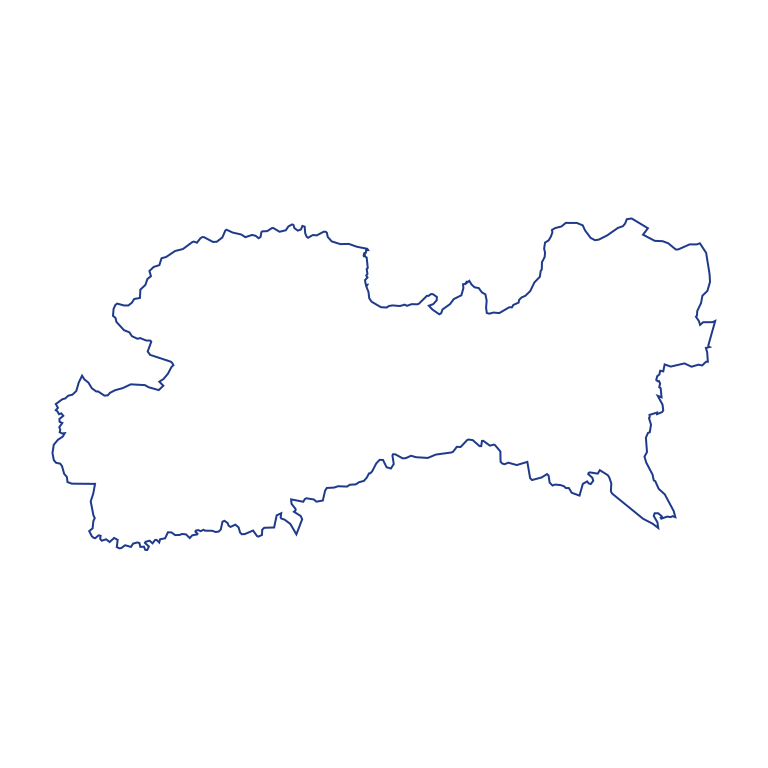 Calnali, Hidalgo, Mexico (Albers equal-area conic projection), rotated 4°
{"feature_id": "50627088B12242639821248", "entity_name": "Calnali", "entity_type": "district", "adm_level": 2, "iso_a3": "MEX", "parent_name": "Mexico", "parent_adm1": "Hidalgo", "projection": "albers", "projection_center": [-98.548, 20.904], "detail": "fine", "context": "isolated", "style": "outline", "palette": "blue", "viewbox_px": 768, "rotation_deg": 4, "n_neighbors": 0, "source": "geoboundaries", "source_scale": "gbopen_adm2", "svg_char_len": 6124}
<svg xmlns="http://www.w3.org/2000/svg" viewBox="0 0 768 768"><g transform="rotate(4 384 384)"><path d="M667.6,508.5L666.4,502.9L662.3,496.8L663.0,494.1L666.6,493.8L670.4,496.7L670.7,497.4L669.4,498.1L670.0,499.0L675.8,496.5L679.2,496.8L681.1,495.7L683.9,496.5L681.9,490.6L671.8,474.5L665.3,469.4L661.4,462.0L659.8,461.3L658.2,455.6L651.1,444.1L648.9,438.3L651.1,433.6L649.0,419.3L650.8,414.3L652.5,413.6L653.2,405.9L650.7,399.5L651.4,398.5L651.0,396.3L658.5,393.4L658.5,395.0L659.0,394.8L663.4,392.6L664.4,390.9L663.3,385.2L657.9,376.7L661.8,377.9L660.3,368.9L658.8,368.0L659.4,364.1L658.0,361.8L657.0,362.2L655.3,361.0L656.0,357.2L658.0,355.4L658.6,351.5L661.7,351.9L662.6,344.9L668.9,346.6L682.3,342.5L689.6,345.3L696.3,342.8L700.1,343.3L703.7,339.3L705.5,339.2L704.2,330.0L702.6,325.6L706.2,324.4L704.9,323.8L704.9,322.5L710.0,298.0L707.5,299.4L698.1,300.1L695.2,303.0L693.7,299.2L690.5,295.1L691.4,293.9L691.4,289.3L694.6,281.2L695.5,273.7L700.1,268.6L702.1,259.4L701.1,251.6L696.2,230.7L689.3,221.6L686.4,222.9L679.2,223.4L668.2,229.2L665.8,229.5L657.7,223.8L652.0,222.1L644.1,222.3L632.0,217.0L636.4,210.2L619.5,201.6L614.7,202.7L613.3,207.2L611.3,209.9L606.4,212.0L596.4,220.1L588.2,225.0L584.5,225.8L580.0,223.9L573.8,216.7L571.2,211.9L565.2,209.9L554.1,210.6L550.0,214.5L544.1,216.4L540.8,218.6L541.4,220.9L540.3,225.0L538.2,229.3L534.8,231.7L534.3,237.6L535.5,241.9L535.4,246.1L533.1,251.5L533.4,258.6L532.4,260.5L532.0,266.2L527.0,272.1L523.4,281.1L518.8,286.2L515.3,288.0L512.9,290.7L512.6,293.4L507.5,296.1L506.3,298.6L503.6,298.7L494.1,305.2L488.2,305.1L484.1,306.5L481.6,306.0L480.5,300.8L480.6,293.7L478.9,287.5L475.3,285.8L471.8,281.7L467.6,281.2L464.4,278.7L461.9,275.1L460.0,276.9L460.2,276.2L459.3,276.2L458.2,278.3L455.9,279.0L456.5,282.8L455.0,290.1L447.7,294.4L444.2,299.8L437.2,305.5L436.1,309.4L434.3,310.6L427.2,306.4L423.3,302.8L427.5,300.9L430.7,296.9L430.7,293.5L426.6,291.0L424.6,291.0L422.3,293.0L420.7,293.0L413.2,301.5L411.5,302.2L406.1,302.4L401.4,304.4L399.1,303.4L394.5,305.1L387.2,305.0L383.5,305.8L381.4,307.5L375.6,307.6L365.9,302.8L363.3,299.5L362.1,293.2L359.6,288.1L360.5,286.2L359.1,286.5L358.5,284.7L357.8,281.7L360.1,278.9L358.7,277.0L359.8,275.3L358.7,270.5L359.7,269.4L357.9,259.1L356.0,258.0L355.9,256.9L354.9,257.6L354.7,256.9L355.2,254.8L356.8,254.2L356.8,251.8L358.8,251.6L357.9,250.3L347.5,249.0L339.1,246.7L330.7,247.5L321.9,245.4L317.6,241.2L316.5,237.2L315.3,236.2L313.2,236.3L306.6,240.4L302.5,240.4L298.1,243.4L296.6,242.5L294.9,239.2L293.9,232.6L291.6,232.0L290.4,235.6L287.3,237.0L283.8,234.8L282.7,231.8L281.3,231.2L277.7,233.4L275.3,237.5L269.2,239.4L262.8,236.2L261.5,236.2L256.7,239.7L252.0,240.2L251.1,241.1L250.6,245.9L248.7,247.3L245.5,245.1L242.0,244.5L235.5,247.2L231.1,244.8L222.5,243.5L216.2,241.1L215.1,241.8L212.5,249.1L207.2,253.8L203.4,254.2L194.3,250.1L192.5,250.1L190.7,251.4L187.5,256.1L184.5,255.2L183.0,255.7L174.0,263.4L166.3,265.9L157.8,272.5L153.3,274.1L151.6,281.1L146.1,283.3L142.1,287.6L144.0,292.7L140.7,295.7L139.0,301.9L134.4,306.8L134.5,315.2L128.9,316.6L126.8,320.5L123.5,323.5L119.2,323.8L112.2,322.4L110.5,323.9L109.0,328.0L108.9,334.9L111.6,336.9L112.7,340.7L120.8,348.4L126.4,350.2L129.2,353.9L135.0,356.1L137.6,355.2L143.7,357.2L147.8,357.0L148.9,358.0L146.0,368.1L148.7,371.3L169.7,376.6L171.3,377.8L172.6,379.9L170.8,381.9L167.7,388.9L163.7,394.4L159.7,397.4L164.0,401.1L159.7,405.8L149.3,403.6L145.6,401.8L131.4,402.0L123.7,406.3L116.3,408.9L111.3,411.9L109.2,414.6L105.9,415.1L99.4,411.4L97.4,411.5L92.8,408.6L89.1,403.3L84.8,400.3L82.2,396.8L79.4,403.8L77.5,412.5L73.9,416.4L69.8,417.7L67.1,420.6L64.1,421.7L58.0,426.9L60.4,430.5L58.4,433.0L60.2,434.1L61.9,436.8L64.1,435.8L66.3,438.1L62.6,441.6L63.0,444.3L65.8,445.3L63.1,449.7L64.3,452.3L63.8,454.7L66.3,455.8L69.0,455.3L67.2,458.9L62.7,462.3L58.8,467.6L58.1,476.0L59.9,482.9L62.4,485.5L66.5,486.0L68.5,488.3L71.2,495.9L74.1,498.8L75.1,503.9L79.5,505.2L102.7,503.8L101.6,513.6L99.6,521.6L103.3,535.3L104.8,537.9L103.6,541.2L103.4,548.3L100.2,551.3L103.1,556.2L104.9,557.6L106.6,558.0L109.9,554.9L111.9,555.2L111.6,558.1L113.3,560.0L117.7,558.3L121.3,560.8L125.5,556.4L129.2,558.1L128.8,565.3L131.5,566.4L133.4,566.0L137.0,562.9L142.9,564.2L144.9,560.7L148.9,559.3L151.1,559.7L152.3,563.5L155.9,563.0L157.4,566.1L159.4,566.1L160.8,562.5L156.6,559.2L157.2,558.0L161.1,556.7L164.2,559.1L166.6,555.5L168.1,555.4L170.8,557.8L171.5,554.5L176.4,553.2L178.8,547.0L182.4,546.9L186.2,549.3L190.9,548.8L192.8,547.7L196.9,547.8L201.0,551.2L203.3,548.3L208.1,547.1L208.4,546.4L206.2,544.5L206.5,543.4L208.9,542.7L211.3,543.6L214.2,542.0L215.5,542.8L222.8,542.4L226.5,543.4L229.4,542.7L231.3,540.6L232.5,532.6L234.4,531.6L237.7,533.6L238.8,536.0L240.8,537.3L245.5,534.7L248.9,537.1L250.8,542.2L252.6,543.8L255.7,543.4L263.6,539.3L268.0,544.6L269.3,545.0L272.8,543.1L272.7,537.9L274.5,535.8L284.4,534.8L286.1,522.5L290.5,520.1L290.2,524.2L291.0,525.4L294.2,526.2L300.3,530.1L307.1,540.1L311.8,524.6L310.1,521.5L303.1,517.7L304.6,516.2L304.5,514.8L300.1,510.0L299.4,505.6L311.7,507.1L313.0,504.4L314.6,503.4L322.1,504.1L324.8,506.1L331.1,504.5L332.7,494.5L334.2,491.7L341.5,490.8L345.3,489.2L354.3,488.9L356.9,486.9L362.9,486.1L365.9,483.7L370.7,482.1L373.4,478.5L375.3,474.2L376.5,474.1L378.3,471.9L381.8,463.8L384.9,460.0L388.3,459.8L392.4,466.9L396.8,467.8L399.3,463.1L397.4,454.8L398.0,453.4L400.3,453.4L407.9,456.9L411.0,456.4L416.0,453.7L421.1,454.8L432.8,454.7L440.6,450.8L456.0,447.6L457.7,446.7L461.0,441.6L464.8,441.5L471.0,434.0L472.3,433.5L476.4,433.8L483.7,439.3L485.3,439.2L485.7,434.0L486.9,433.7L494.0,438.1L497.8,436.8L499.2,437.4L504.8,443.2L505.7,453.4L507.5,455.1L509.9,455.6L513.5,453.8L522.1,455.6L532.4,451.7L536.3,467.6L538.3,469.5L547.8,466.2L552.9,462.5L554.6,463.9L556.1,470.8L559.2,473.5L561.7,472.4L567.0,472.5L570.6,473.4L572.6,475.1L575.7,474.9L578.8,479.4L586.8,481.7L589.3,469.8L593.4,467.0L595.1,468.9L597.2,469.4L599.5,466.0L598.4,463.0L594.0,459.6L594.3,458.5L595.4,457.8L603.5,458.5L605.3,454.9L613.7,459.4L615.4,461.8L617.7,467.4L617.8,475.2L619.2,477.4L651.9,500.4L661.7,504.6L667.6,508.5Z" fill="none" stroke="#1e3a8a" stroke-width="2"/></g></svg>